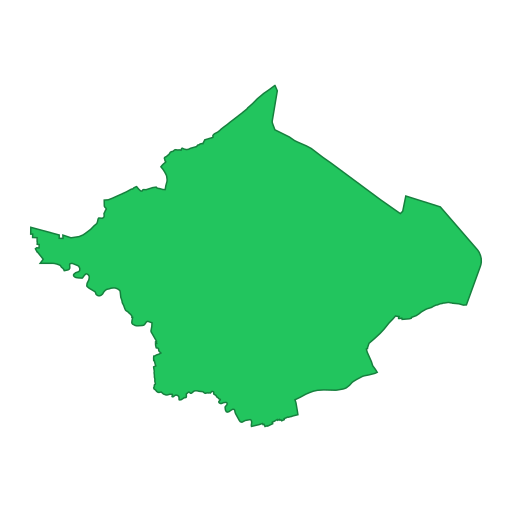 In Buri, Sing Buri, Thailand (Mercator projection)
{"feature_id": "78962969B87157930386242", "entity_name": "In Buri", "entity_type": "district", "adm_level": 2, "iso_a3": "THA", "parent_name": "Thailand", "parent_adm1": "Sing Buri", "projection": "mercator", "projection_center": [100.326, 15.029], "detail": "fine", "context": "isolated", "style": "filled", "palette": "green", "viewbox_px": 512, "rotation_deg": 0, "n_neighbors": 0, "source": "geoboundaries", "source_scale": "gbopen_adm2", "svg_char_len": 6026}
<svg xmlns="http://www.w3.org/2000/svg" viewBox="0 0 512 512"><path d="M405.8,196.0L402.7,211.3L400.3,213.6L380.6,199.8L331.1,163.1L322.8,157.3L311.3,148.5L306.4,145.9L297.0,141.8L294.4,140.5L289.4,137.0L274.9,129.8L273.0,124.7L272.3,122.7L272.2,121.2L277.3,90.8L275.0,85.5L274.8,85.5L267.7,90.7L263.6,93.5L260.8,95.9L257.5,98.6L252.5,103.7L247.8,107.8L246.9,109.0L241.1,113.7L230.3,122.0L227.0,124.7L223.7,127.1L220.8,129.4L220.1,130.2L217.7,132.1L214.8,133.6L214.2,134.0L213.3,134.9L212.9,135.6L213.0,137.2L212.9,137.4L204.8,139.8L202.9,143.6L202.7,143.4L200.0,144.0L199.3,144.7L197.7,145.1L196.5,146.6L190.4,148.3L188.5,149.3L186.5,149.6L184.2,149.1L182.3,148.2L181.9,148.3L181.6,148.7L181.2,149.5L181.1,150.2L181.0,150.3L179.7,149.9L177.6,150.0L175.6,149.7L174.7,149.9L173.0,151.3L171.3,151.7L170.3,152.3L168.9,154.5L167.5,155.5L166.4,156.6L165.3,157.0L164.7,157.5L164.4,158.0L164.4,158.5L164.8,159.5L165.0,160.8L165.7,161.6L165.6,162.2L163.4,164.0L162.4,165.0L160.9,166.8L163.0,169.4L164.7,172.0L166.3,175.1L166.7,176.4L167.1,179.6L167.0,181.4L165.8,185.8L165.2,189.6L162.8,189.5L159.7,188.6L157.7,188.3L156.9,187.9L156.2,187.1L152.7,187.6L146.1,189.7L143.3,189.6L142.8,189.9L142.2,190.9L141.2,191.1L140.2,190.6L138.4,188.8L136.6,186.6L136.4,186.6L133.9,187.8L132.6,189.0L131.4,189.1L126.3,191.9L112.4,198.2L108.3,199.8L104.2,200.1L104.3,206.1L104.9,207.2L106.0,208.3L106.3,209.1L106.1,209.5L105.5,210.2L105.0,211.5L104.0,213.5L104.2,216.4L104.1,216.8L102.5,218.3L99.1,218.0L98.6,218.1L98.1,219.0L97.5,221.7L96.8,223.6L94.2,225.7L90.6,229.4L85.3,233.4L83.1,234.9L79.1,236.6L71.0,237.8L62.9,235.1L63.0,238.4L59.2,238.3L59.2,235.0L30.8,227.3L30.7,234.1L32.7,234.1L32.6,237.5L37.1,237.7L37.1,241.2L37.3,241.2L37.2,244.3L39.2,244.5L39.0,247.9L36.6,247.8L35.4,248.8L37.1,251.9L37.3,251.8L43.2,259.2L40.2,263.3L52.2,263.3L54.1,263.4L56.7,264.0L59.7,265.1L60.4,265.5L61.5,267.3L62.4,267.9L63.2,268.7L64.0,269.8L64.1,270.6L64.3,270.7L68.0,269.9L69.1,269.3L69.7,268.3L69.8,267.2L69.6,264.7L69.9,263.8L71.4,263.4L72.6,263.5L77.8,265.6L78.8,266.3L79.8,268.4L79.7,270.5L79.1,271.2L78.6,271.7L75.7,272.7L74.2,273.9L73.9,274.2L73.5,275.0L73.7,275.9L74.3,276.6L75.3,277.3L76.3,277.6L78.5,277.9L82.1,278.1L82.5,277.9L84.4,275.3L85.8,274.0L86.3,273.8L86.8,273.9L88.3,274.8L89.2,276.3L89.2,277.9L88.8,279.9L87.1,283.3L86.8,285.6L86.9,286.2L87.2,286.6L89.1,288.2L94.8,291.6L95.4,292.3L96.1,294.4L97.1,295.2L98.1,295.7L98.8,295.8L99.7,295.8L101.0,295.3L102.5,294.1L103.9,291.8L105.4,290.2L106.9,289.3L109.3,288.8L111.0,288.2L113.8,287.9L115.3,288.0L117.5,288.8L119.6,290.3L120.0,291.0L120.2,291.7L120.8,297.3L121.9,300.4L122.3,302.8L123.7,305.5L124.6,308.1L125.4,309.9L125.9,310.5L128.1,312.0L129.2,313.2L130.7,314.4L131.8,316.0L132.0,316.8L131.9,317.3L132.6,317.4L132.0,320.6L131.8,322.5L132.0,323.3L132.6,324.1L135.2,325.5L136.7,325.8L137.9,325.8L142.3,325.5L143.7,325.2L144.6,324.5L146.5,321.8L147.5,321.4L148.4,321.5L152.0,322.8L151.8,326.4L151.0,330.7L151.1,331.8L156.5,341.2L155.7,341.7L156.5,342.7L156.7,343.3L155.5,343.2L155.7,344.3L155.5,344.7L156.2,347.8L156.6,348.0L157.6,348.0L158.3,348.5L158.5,348.9L158.7,350.2L159.1,351.3L160.9,353.0L159.3,354.0L156.6,354.9L155.0,355.8L154.4,356.1L153.8,356.1L153.6,358.0L153.7,360.5L154.3,360.5L155.2,364.2L155.8,365.9L153.7,366.8L153.6,367.0L154.3,371.3L154.1,372.7L154.4,375.2L154.4,377.2L154.9,379.0L154.8,381.1L155.4,383.6L155.2,384.3L154.5,384.7L154.4,384.9L154.2,386.6L153.7,387.9L154.2,389.1L155.6,390.0L156.6,391.4L158.2,392.4L159.4,392.4L161.2,392.0L163.4,394.0L166.1,395.0L167.5,394.9L169.9,394.2L172.3,394.3L172.5,394.6L172.0,396.4L172.2,396.7L172.6,396.8L173.3,396.7L174.7,395.6L175.6,395.1L176.5,395.1L177.4,395.4L178.3,396.0L178.8,396.7L179.0,397.6L179.1,399.7L179.4,399.9L180.7,399.8L181.4,399.6L183.8,398.0L184.6,397.7L185.6,397.6L186.1,397.4L186.4,396.5L186.3,394.0L188.3,392.3L188.7,392.1L189.3,392.2L190.4,393.2L190.9,393.3L191.6,393.1L193.8,391.3L194.5,390.9L195.1,390.8L197.1,390.8L199.1,391.3L202.9,391.7L204.5,393.0L205.3,393.3L207.3,392.8L208.3,393.0L209.1,392.8L210.4,393.0L211.7,391.5L212.1,391.4L212.7,391.5L213.4,391.8L213.8,392.3L213.7,393.7L213.9,394.2L216.0,395.4L216.6,396.7L217.0,397.1L218.0,397.6L218.6,398.6L220.3,399.4L220.2,400.0L218.9,401.4L218.8,402.1L219.2,402.8L220.2,403.4L221.0,403.6L221.7,403.4L223.4,402.7L225.4,402.4L226.2,402.4L227.0,403.0L227.2,403.7L226.9,404.8L225.6,406.3L225.2,406.8L225.1,407.4L225.4,409.9L226.0,411.2L226.4,411.8L227.4,412.1L228.2,411.9L228.9,411.7L231.5,409.9L232.6,409.3L233.7,409.3L234.4,409.6L234.7,410.3L235.2,412.7L235.7,413.9L239.4,420.6L240.3,421.7L241.2,422.1L242.2,422.1L245.2,420.5L250.1,419.6L250.5,419.7L251.1,420.2L251.5,421.1L251.7,422.3L251.3,425.3L251.5,426.4L259.2,424.6L262.4,423.5L262.5,423.5L263.0,424.6L264.0,424.3L265.0,426.5L267.4,425.8L267.7,426.1L272.7,423.7L272.2,422.3L274.6,421.1L277.2,419.5L277.7,420.3L279.4,419.4L279.9,420.2L280.9,419.8L281.7,420.8L284.3,419.6L284.1,418.6L286.7,417.6L287.4,417.1L288.6,417.2L289.8,416.8L291.5,416.5L292.7,416.0L297.9,414.7L297.5,411.9L296.0,403.0L295.5,401.3L294.9,399.8L300.3,397.2L305.8,394.2L309.5,392.6L313.3,391.2L317.4,390.3L323.8,389.9L335.3,390.2L336.8,390.1L343.1,389.0L344.7,388.5L346.2,387.9L349.5,385.3L352.1,382.4L353.3,381.5L356.7,379.4L362.6,376.3L364.3,375.8L368.9,374.9L374.8,373.4L377.2,372.3L375.4,369.4L372.7,365.7L371.4,361.6L367.3,352.4L366.7,350.5L366.4,348.9L367.5,348.5L367.5,347.8L369.0,343.3L374.6,338.5L380.1,333.4L384.1,329.1L388.9,323.1L392.7,319.2L395.5,316.0L397.2,316.3L399.1,316.5L398.6,317.6L398.6,318.5L399.0,318.6L401.8,318.2L402.1,319.4L409.2,318.8L410.9,318.4L411.3,318.2L411.5,317.4L416.3,315.6L419.6,313.4L420.7,312.4L422.2,311.4L425.7,309.4L427.0,308.8L431.6,307.4L433.2,306.4L436.0,305.1L437.5,304.9L440.0,303.8L442.2,303.5L443.0,303.1L444.5,303.0L448.4,302.4L450.6,302.8L451.7,302.9L452.4,303.2L458.9,303.8L463.4,305.1L466.4,304.9L480.3,266.5L480.9,264.5L481.3,262.1L481.2,258.6L480.5,255.6L479.2,252.4L477.9,250.4L476.5,248.7L440.3,206.9L405.8,196.0Z" fill="#22c55e" stroke="#15803d" stroke-width="1.5"/></svg>